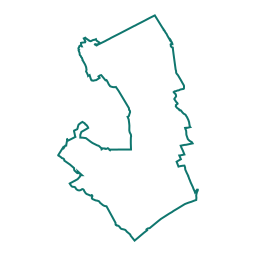 Forasti, Suceava, Romania (Mercator projection)
{"feature_id": "2599482B48678951772867", "entity_name": "Forasti", "entity_type": "district", "adm_level": 2, "iso_a3": "ROU", "parent_name": "Romania", "parent_adm1": "Suceava", "projection": "mercator", "projection_center": [26.455, 47.372], "detail": "fine", "context": "isolated", "style": "outline", "palette": "teal", "viewbox_px": 256, "rotation_deg": 0, "n_neighbors": 0, "source": "geoboundaries", "source_scale": "gbopen_adm2", "svg_char_len": 5560}
<svg xmlns="http://www.w3.org/2000/svg" viewBox="0 0 256 256"><path d="M134.6,240.6L144.0,232.7L147.1,230.3L146.5,229.4L147.4,228.7L147.7,228.5L149.7,228.1L158.7,220.7L161.1,218.8L169.1,213.7L172.2,211.9L173.4,211.0L177.6,208.5L184.8,204.1L185.8,203.7L188.7,202.6L191.3,201.8L194.6,200.5L196.2,200.0L196.4,197.8L196.3,196.7L196.2,195.5L196.4,194.3L196.9,192.3L197.8,190.3L197.8,189.7L197.1,189.6L195.5,191.7L195.0,192.4L194.6,191.3L194.4,190.8L193.8,189.6L193.2,188.1L192.9,187.2L190.7,182.5L189.6,179.6L189.4,179.3L188.4,176.5L188.2,176.2L188.3,176.0L186.5,172.4L186.2,171.6L185.4,169.9L185.1,168.7L185.2,168.1L184.9,166.9L184.4,165.6L183.0,165.7L181.0,166.0L179.5,166.3L178.5,166.6L176.6,161.7L180.9,159.2L179.3,155.5L180.3,155.4L184.4,154.5L182.8,150.5L181.3,147.4L180.7,145.7L184.5,144.9L186.0,144.8L192.6,143.4L191.9,142.2L189.5,140.8L188.1,139.4L187.8,139.0L186.6,135.5L186.4,134.8L186.3,133.6L186.3,132.7L186.1,130.6L185.4,129.0L185.1,127.9L186.1,127.8L186.1,128.1L190.2,127.1L190.0,126.9L189.6,125.4L189.3,123.8L189.1,122.2L188.2,119.6L187.5,118.3L187.2,117.4L186.4,116.3L185.7,115.0L185.0,114.4L183.7,113.7L182.4,112.4L181.3,110.9L181.1,110.6L180.8,110.6L180.6,110.4L180.3,110.4L180.0,110.1L179.6,110.3L179.4,110.2L179.3,109.6L179.0,109.4L178.6,108.9L177.6,108.4L177.4,108.2L176.7,107.5L175.8,106.4L176.0,105.6L175.9,105.1L177.6,103.7L177.2,102.8L176.4,102.2L175.4,100.7L174.3,99.1L174.3,98.9L174.6,98.4L175.3,97.5L175.9,96.6L176.1,96.2L175.8,94.5L175.4,93.9L174.9,93.6L174.4,92.9L174.1,92.7L173.7,92.1L174.5,91.4L176.1,91.1L177.4,90.5L178.6,90.4L180.4,89.5L182.0,89.2L183.5,88.9L183.9,88.6L184.0,87.1L184.0,85.9L183.5,84.7L182.8,83.6L180.8,80.0L177.9,75.1L176.6,73.6L176.2,72.8L176.1,72.0L176.1,71.1L175.6,69.3L173.5,53.8L173.0,49.8L172.8,47.6L171.6,47.2L171.2,46.5L170.8,46.1L170.8,45.3L170.6,44.4L170.7,44.2L172.4,44.2L172.3,43.5L172.1,43.0L171.7,42.2L171.6,41.9L171.1,41.4L170.7,41.4L170.5,41.1L170.5,40.9L170.7,40.7L170.8,40.3L170.4,40.0L170.1,39.8L169.8,39.9L169.6,39.4L169.8,38.9L169.6,38.7L169.3,38.9L169.1,38.7L167.2,35.3L166.5,33.8L165.9,33.1L165.4,32.3L164.7,31.2L164.6,30.7L164.0,30.4L163.8,30.2L163.8,29.8L163.5,29.7L163.4,29.5L163.4,29.0L163.0,28.4L162.6,28.0L154.8,15.4L150.6,17.5L149.6,18.0L141.8,22.1L136.7,24.7L135.3,25.5L134.5,25.8L119.9,33.4L111.2,37.8L109.5,38.8L107.1,40.0L105.3,41.0L97.2,45.0L96.8,45.4L96.6,45.5L96.2,45.3L95.5,44.7L95.0,44.6L94.9,44.5L95.1,44.2L95.8,44.2L96.9,44.7L98.8,43.7L99.5,43.2L99.7,42.8L98.8,42.1L97.8,41.5L96.7,40.7L96.3,40.2L96.0,39.7L95.9,39.2L95.0,39.6L94.2,39.9L93.7,39.9L92.9,40.1L91.0,41.1L90.5,41.2L89.6,40.9L89.4,40.6L88.8,40.5L87.5,39.4L86.3,38.7L85.3,37.7L83.8,38.4L85.4,41.4L85.1,42.3L81.7,42.7L81.0,42.9L81.1,44.0L81.1,44.8L81.2,45.2L81.8,46.4L81.6,46.4L80.6,45.3L79.3,46.2L79.0,47.4L78.4,48.2L78.7,49.3L79.0,49.7L78.6,50.0L78.6,50.4L79.6,53.0L79.7,54.6L79.9,55.1L80.9,56.2L81.1,57.0L81.9,57.8L82.0,58.0L82.0,58.4L82.6,59.6L82.5,60.3L83.1,61.0L83.6,61.9L83.7,62.2L84.0,62.5L84.4,63.4L85.0,64.3L86.1,67.0L86.1,67.4L86.3,67.9L86.3,68.6L86.5,69.4L86.5,69.7L86.4,70.2L86.2,71.2L86.1,71.5L87.2,73.4L87.6,74.5L88.2,75.7L88.2,75.9L89.6,75.1L90.8,78.9L91.4,80.2L91.6,80.4L92.1,80.3L92.6,80.6L93.3,80.7L94.8,80.3L96.2,80.1L99.6,77.9L98.5,76.4L100.9,74.9L100.8,74.6L105.5,80.3L105.8,80.4L106.5,80.1L107.5,81.7L108.9,84.6L109.6,85.4L110.1,86.2L110.5,86.4L111.7,86.8L113.0,87.1L113.5,87.1L114.0,87.2L114.7,87.1L115.3,87.2L115.9,87.0L118.6,90.9L122.8,97.9L128.9,108.1L129.1,109.9L129.8,110.6L130.1,112.0L129.7,113.3L129.3,114.4L129.0,115.7L128.8,116.1L128.4,116.5L127.6,116.8L128.7,119.5L129.2,123.5L129.4,125.7L129.3,130.2L129.4,130.9L129.7,132.3L130.2,133.3L130.7,134.2L130.9,134.7L131.1,136.3L130.9,137.3L130.8,140.0L130.8,143.3L131.0,149.5L110.6,149.6L110.1,150.3L109.6,150.0L108.9,149.0L108.1,148.3L107.7,148.2L106.7,148.8L105.6,148.9L105.6,148.7L105.0,148.5L102.6,148.4L102.2,148.3L101.8,149.3L101.6,149.4L101.4,148.3L101.1,148.0L99.3,146.3L98.8,145.9L98.4,145.7L97.3,145.4L92.5,143.0L90.6,141.7L86.0,138.2L85.8,138.1L84.9,138.0L82.8,137.7L80.3,137.6L80.3,137.3L80.3,134.8L81.4,131.9L87.5,128.4L88.2,127.9L87.8,126.9L86.9,125.6L86.5,125.1L85.8,124.5L85.5,124.5L84.7,123.3L83.9,122.8L83.1,122.4L82.5,121.9L81.2,122.6L78.6,124.6L78.0,126.4L77.5,128.6L77.2,129.2L74.1,130.6L74.0,131.0L74.6,133.6L75.1,136.2L75.4,136.9L68.1,140.6L68.1,140.4L67.4,139.6L67.2,139.2L67.0,139.3L67.0,139.6L67.1,140.0L67.1,140.4L66.7,142.5L66.3,144.7L66.2,145.6L65.2,145.7L63.7,148.1L63.2,147.3L58.2,155.2L58.5,155.7L59.5,156.1L60.3,156.8L61.0,157.2L61.9,158.1L62.7,158.3L63.4,158.6L64.1,159.3L64.2,159.7L64.3,160.6L69.9,164.5L74.0,168.0L74.2,169.8L74.4,170.4L76.9,172.8L77.4,173.1L78.1,173.1L78.2,172.2L78.0,171.6L82.0,175.2L80.5,175.2L80.2,175.2L80.1,176.4L77.6,179.2L69.7,183.5L70.1,184.2L71.2,185.8L71.9,186.5L72.3,186.7L72.7,186.8L74.1,186.9L75.3,187.4L75.7,188.3L76.2,189.0L76.6,189.4L77.2,189.8L78.2,190.3L79.6,190.4L80.3,190.2L81.0,189.9L82.2,189.1L82.7,189.1L83.2,189.4L83.6,189.7L84.0,190.3L84.2,191.0L85.6,193.1L86.1,193.6L86.8,194.1L87.9,194.5L89.1,195.0L89.7,195.3L90.5,195.6L91.1,195.5L91.6,195.1L92.1,195.3L92.4,196.0L91.8,197.9L91.9,198.3L92.4,199.0L95.4,200.3L96.1,200.5L97.1,200.6L98.8,201.2L99.3,201.6L99.7,202.2L99.9,202.6L102.9,205.1L104.0,205.7L104.8,206.0L106.5,206.3L115.5,222.8L115.6,224.6L115.8,224.9L115.9,225.0L116.5,225.0L116.7,225.5L117.0,225.6L118.1,225.7L118.8,226.1L120.0,227.4L120.4,228.1L121.2,228.8L121.8,229.0L123.7,229.4L124.4,229.6L125.2,229.9L125.7,230.3L126.3,231.0L126.6,231.5L130.1,234.4L130.4,234.9L130.5,235.5L134.6,240.6Z" fill="none" stroke="#0f766e" stroke-width="2"/></svg>